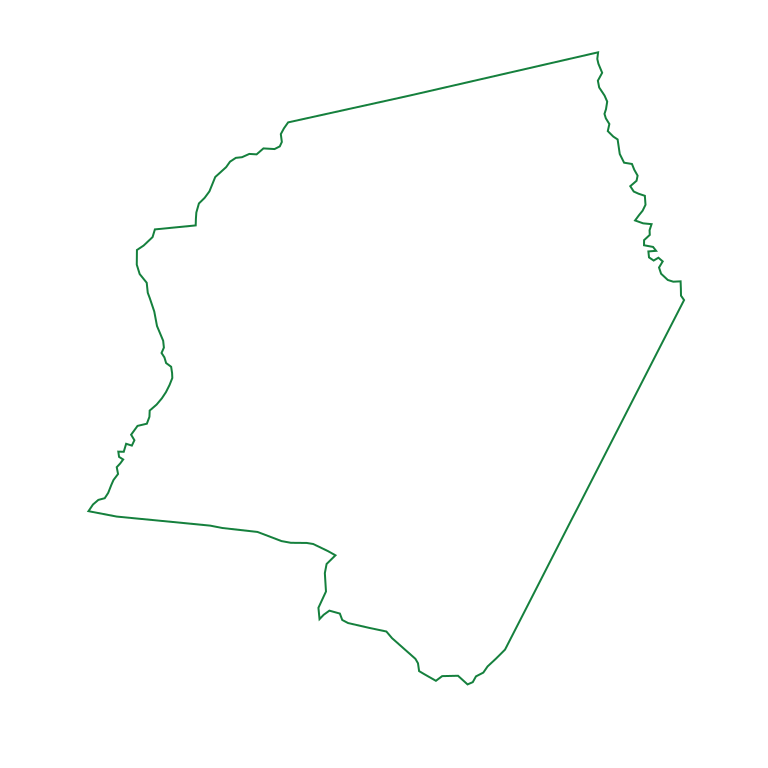 the district of São Domingos do Azeitão, Maranhão, Brazil, rotated 84°
{"feature_id": "56859067B85807421468781", "entity_name": "São Domingos do Azeitão", "entity_type": "district", "adm_level": 2, "iso_a3": "BRA", "parent_name": "Brazil", "parent_adm1": "Maranhão", "projection": "natural_earth1", "projection_center": [-44.617, -6.848], "detail": "fine", "context": "isolated", "style": "outline", "palette": "green", "viewbox_px": 768, "rotation_deg": 84, "n_neighbors": 0, "source": "geoboundaries", "source_scale": "gbopen_adm2", "svg_char_len": 2045}
<svg xmlns="http://www.w3.org/2000/svg" viewBox="0 0 768 768"><g transform="rotate(84 384 384)"><path d="M684.6,363.4L680.6,356.7L681.9,340.9L691.5,332.3L689.8,326.9L684.4,323.1L681.4,315.4L675.7,310.5L668.8,301.3L660.8,291.4L621.3,265.6L538.4,211.6L526.3,203.6L381.0,108.9L331.9,76.8L327.2,79.4L320.4,78.8L312.9,78.3L312.5,85.6L310.2,90.9L303.3,96.9L296.9,98.3L291.2,94.0L287.1,97.9L289.4,102.9L285.8,107.2L279.8,107.2L280.0,99.5L275.8,102.1L273.2,110.9L268.1,110.3L263.5,104.1L258.8,103.8L253.0,101.2L251.3,109.5L247.6,117.2L242.7,112.7L238.7,108.7L233.1,105.2L224.1,104.9L221.4,110.9L218.7,115.5L213.0,118.4L208.3,111.6L203.3,110.0L197.1,112.7L191.1,114.4L189.0,122.1L179.9,125.5L165.2,126.1L161.9,130.1L155.9,135.0L149.0,132.7L143.0,135.6L138.4,136.5L133.9,134.5L126.5,132.5L120.2,134.5L111.6,139.0L104.7,139.6L97.3,134.5L87.9,137.3L83.0,137.9L76.5,136.4L99.8,328.1L113.8,452.0L119.3,456.8L124.7,460.5L132.6,460.3L136.8,462.8L138.9,468.3L137.1,479.3L142.3,486.7L141.1,493.9L143.6,501.5L143.6,507.7L146.8,513.9L151.8,518.3L160.5,530.2L174.2,537.5L180.1,542.9L185.1,549.2L193.8,552.7L200.0,553.8L206.6,554.7L206.3,595.7L213.7,598.8L221.2,608.6L224.9,615.7L239.5,617.4L249.1,615.5L258.5,609.4L268.6,609.4L274.0,608.0L287.9,604.9L302.6,603.7L317.9,599.1L324.8,599.1L329.9,602.0L334.6,599.6L340.4,598.5L344.6,593.9L351.0,593.6L355.9,593.9L362.6,597.4L369.3,601.7L375.0,606.4L380.7,612.3L385.9,619.8L392.1,620.7L398.7,624.0L399.9,633.5L408.0,640.8L413.8,638.1L418.9,641.2L416.5,646.7L424.2,649.9L423.5,655.3L428.8,655.1L431.8,651.3L435.5,654.7L438.8,658.5L445.7,657.9L451.1,663.0L455.8,665.7L463.5,669.7L468.4,673.7L469.4,680.2L473.4,686.0L479.6,691.2L487.9,663.7L506.7,571.6L510.3,559.9L517.9,525.3L529.5,502.4L532.2,493.2L534.0,477.5L535.7,471.2L544.4,457.1L549.3,450.2L557.0,459.9L565.9,462.6L584.3,463.4L599.7,472.6L611.1,472.7L607.2,468.1L603.7,462.0L607.7,451.9L614.3,450.2L618.0,444.7L625.0,424.2L630.4,407.5L637.6,402.6L660.6,381.5L665.3,379.4L673.2,379.1L676.7,374.4L684.6,363.4Z" fill="none" stroke="#15803d" stroke-width="2"/></g></svg>